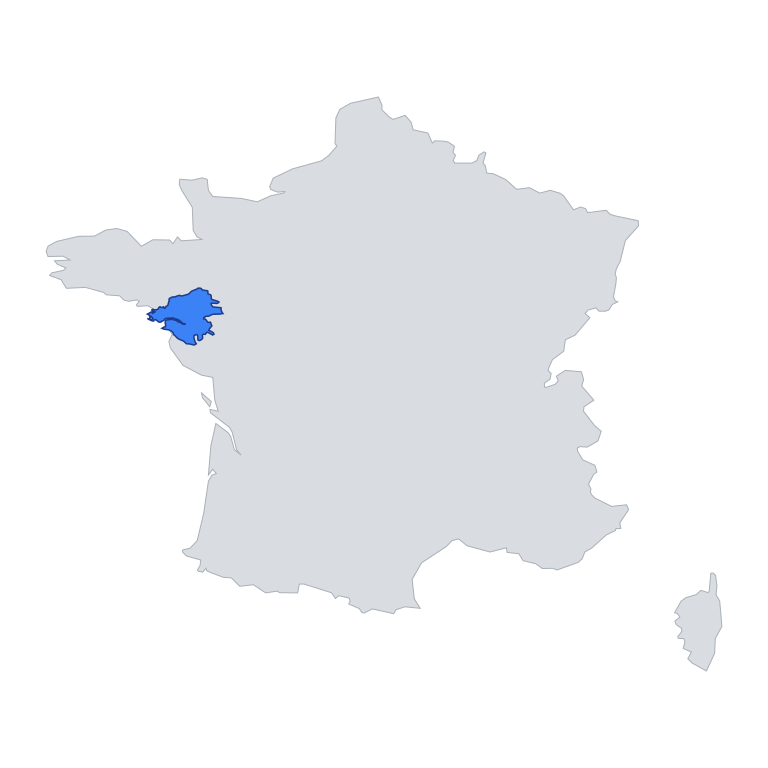 Loire-Atlantique on a map of France (Natural Earth projection)
{"feature_id": "FRA-5316", "entity_name": "Loire-Atlantique", "entity_type": "Metropolitan department", "adm_level": 1, "iso_a3": "FRA", "parent_name": "France", "parent_adm1": "", "projection": "natural_earth1", "projection_center": [-1.707, 47.343], "detail": "fine", "context": "in_parent", "style": "filled", "palette": "blue", "viewbox_px": 768, "rotation_deg": 0, "n_neighbors": 0, "source": "natural_earth", "source_scale": "10m", "svg_char_len": 7402}
<svg xmlns="http://www.w3.org/2000/svg" viewBox="0 0 768 768"><path d="M617.7,301.8L612.2,304.5L609.0,309.9L605.5,311.2L599.0,311.2L595.8,307.9L588.1,310.0L585.1,313.5L589.9,317.7L575.0,335.2L565.4,339.8L563.7,351.2L552.4,359.7L548.4,368.7L548.1,370.5L551.1,373.4L550.0,379.3L544.3,383.1L544.5,386.9L546.1,387.4L555.0,384.4L558.3,380.9L556.4,376.2L565.2,370.4L581.4,371.8L583.6,379.5L581.7,386.1L593.9,400.2L584.0,406.8L583.5,411.2L594.4,425.4L601.2,431.3L598.0,440.9L587.2,447.1L580.1,446.6L577.2,448.1L577.6,451.1L582.7,459.8L594.9,465.4L596.9,472.0L593.7,474.3L588.5,484.2L591.0,489.1L590.2,491.3L591.5,494.6L594.8,498.0L611.6,506.4L626.6,504.8L628.6,509.7L619.9,522.7L620.7,528.5L616.0,528.6L615.3,530.6L606.2,535.0L591.7,548.1L584.8,552.0L582.2,558.7L578.2,562.4L556.9,570.0L552.9,568.3L542.4,568.5L535.7,563.7L523.1,560.7L518.8,553.7L507.1,552.4L506.4,547.8L490.1,552.0L466.9,545.7L458.6,538.9L451.9,540.7L446.1,546.7L421.6,562.8L412.1,579.4L414.3,598.8L420.2,608.3L405.0,606.8L396.0,609.7L393.7,613.7L372.2,608.9L364.3,613.0L362.1,612.7L359.3,608.6L348.7,604.0L350.2,600.8L348.8,597.9L338.8,595.7L335.4,598.5L331.6,592.8L303.8,584.0L299.3,584.1L297.6,592.9L279.7,592.7L277.2,591.1L265.7,592.9L253.4,584.7L239.8,586.3L231.4,577.9L223.3,577.3L211.8,573.0L206.6,570.7L205.9,568.3L202.6,572.1L198.3,571.2L197.4,570.1L200.1,565.4L200.7,560.0L186.4,556.0L182.6,552.1L182.6,550.0L190.2,548.1L197.2,540.6L203.7,513.4L208.4,481.3L211.9,475.2L216.3,473.6L212.7,469.2L208.4,475.0L210.9,445.6L215.9,423.5L227.9,432.5L230.7,436.5L234.3,449.6L241.0,455.1L236.6,449.8L232.2,432.3L229.5,427.4L210.5,412.8L209.9,409.4L218.2,411.2L214.8,400.3L212.8,377.4L201.3,375.1L183.0,365.4L170.3,347.9L168.9,341.4L172.2,334.5L169.3,330.1L164.0,327.1L168.1,321.2L171.8,320.6L185.0,324.0L174.2,318.4L156.8,320.3L149.8,318.3L148.6,314.2L153.3,309.0L147.5,305.7L137.5,306.4L136.3,305.1L139.2,301.3L136.7,299.9L128.6,301.3L123.9,300.1L119.6,295.8L106.4,294.8L103.5,292.4L85.4,287.4L66.4,288.3L61.1,279.7L49.6,275.5L51.9,272.8L63.6,270.3L65.8,267.9L57.4,264.3L54.5,260.8L70.0,260.0L63.0,256.2L48.0,256.5L46.1,251.4L48.1,246.1L56.8,241.4L78.6,236.3L94.4,236.1L105.7,230.1L116.7,228.5L127.1,231.4L141.4,246.3L152.7,239.8L169.6,240.0L173.0,243.7L177.5,236.9L181.3,240.8L201.9,239.5L197.1,236.9L193.2,230.6L192.3,207.3L181.8,190.5L179.2,184.4L179.8,179.2L192.1,180.2L202.3,177.8L207.2,179.4L208.4,190.2L212.7,196.5L241.0,198.4L257.3,201.8L271.0,195.7L283.8,193.0L284.8,191.5L277.5,192.1L270.7,189.5L269.7,186.6L273.2,178.1L292.7,168.8L321.3,160.9L328.6,155.6L336.9,146.1L335.0,143.7L335.9,117.8L339.9,109.3L350.7,103.2L378.4,97.0L382.0,105.2L381.9,109.8L389.4,117.1L393.1,119.4L405.2,115.4L411.1,122.2L413.1,129.8L427.8,133.0L432.3,143.0L434.9,140.8L444.1,141.2L448.4,142.1L454.5,146.4L452.9,152.4L455.5,155.3L453.1,160.8L455.0,163.1L471.8,163.1L476.8,160.6L479.0,155.1L484.0,151.9L485.9,152.9L483.0,163.1L485.4,165.8L486.8,173.1L493.2,173.7L505.8,179.6L516.6,189.3L529.5,187.7L539.8,193.1L550.2,190.3L560.2,193.3L563.8,196.1L573.5,209.8L580.6,207.0L585.7,208.7L587.5,212.6L606.3,210.3L609.9,214.1L613.9,215.6L638.2,220.7L638.6,225.8L625.4,240.5L620.2,261.4L616.4,268.6L615.1,274.1L616.4,277.7L615.9,283.4L613.5,297.0L615.3,301.0L617.7,301.8ZM716.9,585.9L716.0,594.7L719.7,601.0L721.9,626.4L715.3,638.5L714.6,653.4L706.4,671.0L692.2,663.1L687.8,658.8L691.4,652.1L683.2,648.4L684.9,641.9L683.9,638.6L678.2,638.3L677.8,636.6L681.8,631.5L681.6,628.4L676.1,624.5L674.9,621.0L679.9,617.1L677.5,613.6L674.6,612.7L681.1,601.2L685.8,597.7L696.5,594.5L700.8,590.3L708.0,592.6L709.2,591.4L710.8,573.3L713.2,573.0L715.6,575.4L716.9,585.9ZM211.3,401.5L209.7,406.7L202.5,397.7L201.5,392.9L211.3,401.5Z" fill="#d9dde1" stroke="#a8b0b8" stroke-width="1"/><path d="M173.5,334.6L173.4,333.6L172.9,332.6L172.4,331.9L171.7,331.3L168.9,329.9L163.6,329.1L161.9,328.3L162.5,328.0L163.0,327.6L163.6,327.2L165.1,327.0L165.4,326.8L165.6,326.3L165.7,325.5L165.7,324.7L165.3,323.7L165.1,322.9L165.2,322.2L165.4,321.4L165.7,320.7L166.1,320.2L167.2,319.8L171.5,319.4L171.8,319.2L172.1,319.1L172.4,319.0L172.8,319.4L173.1,319.7L175.5,320.3L176.2,320.2L175.9,319.8L176.4,319.8L176.9,320.0L177.4,320.2L177.8,320.6L176.9,320.6L176.9,321.0L178.8,322.2L180.7,322.6L181.2,322.9L182.2,323.8L183.2,324.2L185.7,324.3L184.8,323.8L182.9,323.4L182.1,322.9L180.7,321.4L179.1,320.2L177.5,319.4L176.5,319.1L175.5,319.0L175.0,318.9L174.4,318.3L172.6,317.9L166.2,318.3L164.8,319.0L164.5,319.5L164.3,319.9L164.0,320.2L163.5,320.6L162.2,321.0L161.1,321.9L160.2,322.2L159.3,322.2L158.5,321.9L157.8,321.3L156.6,320.2L155.9,319.8L155.1,319.7L154.7,319.8L154.3,319.8L154.0,320.1L153.8,320.5L153.7,320.9L153.7,321.0L152.3,321.0L148.0,319.0L148.0,318.6L149.1,318.8L151.1,319.6L152.1,319.4L152.9,318.6L152.5,317.8L151.6,317.0L150.9,316.2L150.5,316.4L150.4,316.5L150.2,316.6L150.4,317.0L150.5,317.2L150.2,317.8L149.9,317.8L149.8,316.1L149.3,315.2L147.4,314.1L151.0,312.2L151.5,312.2L152.0,312.4L152.8,312.6L152.7,312.9L152.4,313.0L152.8,313.4L153.2,312.9L154.8,312.1L155.0,311.8L154.3,311.6L153.1,311.6L152.4,311.3L152.8,310.5L152.0,310.1L151.8,310.0L152.2,309.5L152.5,309.3L153.1,309.3L153.6,309.5L154.0,309.7L154.4,309.9L154.8,309.9L155.7,309.7L156.2,309.7L156.6,309.7L157.1,309.6L157.6,309.4L158.3,308.6L158.7,308.0L158.9,307.6L159.1,307.2L159.3,307.1L159.6,306.9L160.1,306.8L160.4,307.0L160.6,307.1L160.8,307.3L161.0,307.4L161.4,307.5L162.0,307.5L162.6,307.2L163.4,306.8L163.7,306.9L163.9,307.0L163.9,307.5L163.9,307.8L164.0,308.0L164.5,308.3L164.8,308.3L165.1,308.1L165.5,307.6L165.7,307.0L166.0,306.5L166.5,306.1L167.0,305.9L167.6,305.5L168.0,304.8L168.6,302.2L168.9,301.4L169.1,301.2L169.2,300.9L169.1,300.6L169.1,300.4L169.2,300.2L169.3,300.0L169.1,299.6L169.0,299.4L169.4,298.4L170.8,297.8L171.5,297.3L171.7,297.2L172.0,297.1L173.5,296.9L175.1,296.9L176.0,296.4L179.3,295.3L180.7,295.8L181.6,295.9L182.1,295.9L187.7,294.4L188.9,293.7L189.7,293.2L190.0,292.8L190.3,292.4L190.6,292.0L191.0,291.7L192.0,291.0L196.8,289.1L197.5,288.5L198.0,288.2L199.4,288.1L200.4,288.2L200.9,288.4L201.3,288.6L201.6,289.1L201.8,289.5L202.5,289.9L203.1,290.1L207.7,290.8L207.9,291.6L207.9,293.5L208.2,294.1L208.5,294.2L209.5,294.3L210.4,294.7L210.8,295.1L211.1,295.5L211.2,296.3L211.2,298.1L211.5,298.9L212.0,299.5L217.9,301.3L219.0,302.1L217.9,303.1L216.7,303.5L211.9,303.1L211.1,303.5L211.3,304.8L212.3,306.3L213.4,307.0L221.0,307.7L221.0,309.2L221.4,310.9L222.1,312.4L222.9,313.5L222.7,313.5L222.4,313.6L222.2,313.6L221.9,313.7L221.7,313.7L221.4,313.8L221.2,313.8L220.9,313.8L220.7,313.9L220.4,313.9L220.3,314.0L220.2,314.0L219.9,314.0L219.7,314.1L219.4,314.1L213.4,314.2L211.8,314.6L209.1,316.0L208.1,316.2L206.2,316.3L205.3,316.6L205.2,316.7L205.1,316.8L204.9,316.9L204.9,317.0L204.7,317.0L204.4,317.2L204.4,317.3L204.2,317.4L204.1,317.5L203.9,317.6L203.7,319.0L205.5,319.2L207.8,322.2L209.0,322.4L210.3,322.1L210.9,323.1L211.3,324.6L211.9,325.8L209.3,329.0L208.8,330.3L212.0,331.8L213.5,333.0L214.0,334.3L212.6,335.0L208.7,332.8L206.9,332.2L205.9,333.5L205.3,334.4L203.5,334.1L202.6,334.6L202.4,335.3L202.7,337.6L202.6,338.2L202.3,338.8L201.9,339.3L199.8,340.5L198.9,340.6L198.2,340.2L197.8,339.3L197.8,336.1L197.4,335.2L197.0,334.7L196.4,334.6L194.1,335.5L193.8,337.1L194.4,339.9L195.5,342.6L196.3,343.7L196.0,343.8L195.4,344.5L194.0,345.0L189.2,343.9L186.8,343.8L186.1,343.5L183.7,341.2L178.8,339.1L177.3,338.1L174.5,335.2L173.5,334.6Z" fill="#3b82f6" stroke="#1e3a8a" stroke-width="1.5"/></svg>